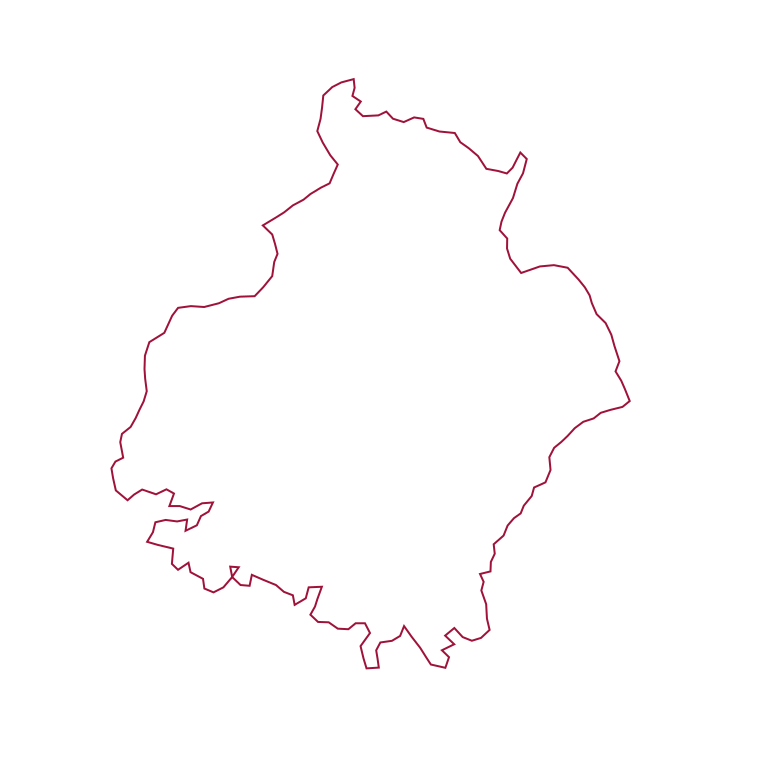 Dois Irmãos das Missões, Rio Grande do Sul, Brazil (Mercator projection), rotated 294°
{"feature_id": "56859067B898462475096", "entity_name": "Dois Irmãos das Missões", "entity_type": "district", "adm_level": 2, "iso_a3": "BRA", "parent_name": "Brazil", "parent_adm1": "Rio Grande do Sul", "projection": "mercator", "projection_center": [-53.505, -27.678], "detail": "fine", "context": "isolated", "style": "outline", "palette": "rose", "viewbox_px": 768, "rotation_deg": 294, "n_neighbors": 0, "source": "geoboundaries", "source_scale": "gbopen_adm2", "svg_char_len": 2687}
<svg xmlns="http://www.w3.org/2000/svg" viewBox="0 0 768 768"><g transform="rotate(294 384 384)"><path d="M622.9,211.2L611.3,215.0L600.4,218.2L587.9,220.2L579.6,229.9L571.1,241.9L565.7,252.5L555.3,252.5L545.2,252.7L537.7,246.5L527.6,239.5L519.8,235.6L510.1,228.1L500.1,222.9L490.9,216.7L479.6,208.8L475.1,221.1L467.6,227.5L459.6,233.8L450.8,234.1L437.1,238.0L423.3,234.3L411.6,230.1L405.2,216.9L398.6,207.3L390.6,200.3L381.2,188.4L376.6,175.9L369.8,164.9L360.2,162.7L341.4,162.5L326.8,152.6L312.6,154.1L300.1,159.2L291.8,163.6L280.9,170.2L270.3,171.5L261.2,171.1L251.9,171.0L241.7,170.0L231.9,164.9L223.6,166.7L210.6,175.7L203.9,170.2L196.1,169.3L187.8,174.8L177.7,182.3L173.5,197.0L181.4,200.7L189.2,206.0L190.5,220.6L199.3,228.1L198.5,236.7L185.2,237.6L189.4,247.0L190.7,258.4L201.0,266.3L206.2,275.9L196.1,275.7L188.9,270.5L178.8,270.5L169.2,262.4L180.1,259.3L174.3,250.9L171.0,239.8L164.7,231.4L154.6,233.2L143.5,231.8L145.0,242.8L147.9,258.4L133.4,263.4L130.5,271.4L141.2,278.1L133.4,283.8L132.4,297.9L124.1,303.1L124.3,313.0L132.9,320.0L145.9,323.8L142.0,334.7L145.0,343.3L155.9,340.9L156.0,353.0L156.4,367.2L153.4,377.1L153.9,386.7L145.9,392.2L156.4,399.7L167.6,397.9L173.5,409.7L160.6,410.6L152.6,411.5L143.3,410.6L139.8,420.5L143.8,430.4L141.7,441.3L145.5,451.2L153.9,455.4L157.7,463.9L150.8,472.5L135.0,469.2L125.1,476.8L117.1,483.7L122.8,494.6L130.5,489.8L137.5,485.2L146.4,485.8L152.6,495.7L160.4,501.2L171.0,500.8L164.3,512.1L157.7,524.4L151.8,533.2L146.8,540.9L149.7,555.5L160.9,554.5L164.3,545.2L174.8,554.0L179.0,542.2L189.7,547.5L184.8,558.8L185.2,568.7L191.5,575.9L202.3,580.5L211.5,573.5L224.4,566.9L235.0,556.9L243.8,555.5L249.5,549.0L256.1,557.5L264.9,554.0L274.0,554.2L282.2,549.4L294.2,554.9L305.0,554.5L314.3,557.3L321.4,561.5L329.7,561.2L341.8,564.5L350.5,563.2L359.8,571.5L373.2,571.1L384.4,564.8L395.0,565.4L403.3,569.6L411.3,572.9L421.2,576.2L430.5,581.4L437.8,589.5L445.8,593.7L452.4,601.3L460.1,611.2L468.4,615.4L477.5,606.0L483.5,599.4L489.7,590.4L500.6,589.8L512.3,579.2L521.5,571.6L529.8,561.7L534.3,549.8L542.5,540.9L548.6,535.8L554.0,528.2L558.6,519.2L564.9,504.5L561.7,490.9L554.8,478.6L541.2,464.1L549.8,448.3L557.8,441.3L567.0,437.4L571.6,427.1L580.1,425.3L589.7,424.9L606.3,426.2L621.2,424.4L633.0,425.3L647.6,422.9L650.9,414.4L642.2,413.9L633.9,413.5L626.3,410.6L625.0,401.6L622.2,390.0L630.5,377.1L633.9,365.4L635.9,355.4L642.1,346.6L637.2,331.9L635.6,318.7L642.2,312.1L639.8,303.1L631.3,295.5L630.0,284.3L633.8,275.3L627.1,269.6L620.1,255.8L623.4,246.1L632.6,247.9L634.3,238.0L642.6,236.7L650.2,232.3L642.2,222.4L634.3,216.0L622.9,211.2ZM145.9,323.8L154.6,317.8L157.5,325.8L145.9,323.8Z" fill="none" stroke="#9f1239" stroke-width="2"/></g></svg>